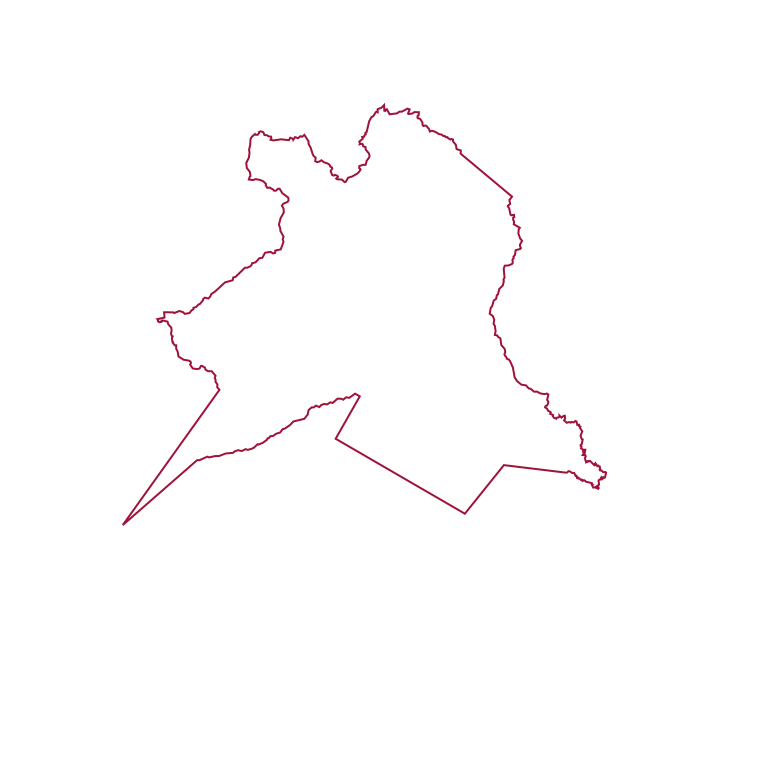 outline of Aquidauana, Mato Grosso do Sul, Brazil, rotated 210°
{"feature_id": "56859067B57339224225179", "entity_name": "Aquidauana", "entity_type": "district", "adm_level": 2, "iso_a3": "BRA", "parent_name": "Brazil", "parent_adm1": "Mato Grosso do Sul", "projection": "mercator", "projection_center": [-55.836, -19.55], "detail": "fine", "context": "isolated", "style": "outline", "palette": "rose", "viewbox_px": 768, "rotation_deg": 210, "n_neighbors": 0, "source": "geoboundaries", "source_scale": "gbopen_adm2", "svg_char_len": 6166}
<svg xmlns="http://www.w3.org/2000/svg" viewBox="0 0 768 768"><g transform="rotate(210 384 384)"><path d="M493.6,634.7L494.6,632.5L497.5,630.2L498.4,630.2L499.1,634.6L501.4,634.2L504.6,628.9L506.9,627.5L508.0,624.9L514.0,620.4L518.9,623.4L519.6,622.5L519.4,621.2L520.3,620.8L523.4,625.6L524.3,622.0L526.9,618.8L525.4,616.2L526.5,616.2L527.0,615.5L527.2,610.8L528.3,608.9L528.2,604.1L525.0,593.5L525.7,592.6L525.5,591.7L524.6,591.1L525.2,589.9L524.9,588.2L526.4,587.1L525.0,585.8L526.6,581.5L525.0,580.3L524.9,579.5L523.3,581.0L522.3,581.0L520.7,579.4L518.5,580.0L517.1,577.9L512.3,576.1L510.8,574.7L510.1,572.9L510.6,568.5L509.5,564.6L511.8,563.3L514.3,560.4L513.5,558.6L511.6,558.2L511.6,555.6L512.4,552.8L515.3,547.8L518.2,544.7L518.2,540.0L519.1,539.1L522.6,540.0L527.1,537.8L528.1,538.0L527.5,539.8L527.7,540.7L528.7,541.0L531.1,540.5L531.6,539.5L533.2,539.0L536.7,541.7L536.6,544.8L537.4,545.5L539.2,545.4L540.4,546.5L542.8,546.8L546.9,546.0L550.0,546.5L551.3,544.2L553.1,542.6L555.0,542.6L556.3,545.8L559.0,546.3L560.9,547.6L565.6,551.9L569.5,554.3L570.6,556.4L577.5,559.9L578.6,557.1L580.3,556.8L581.3,553.9L584.5,553.3L584.7,550.1L585.4,550.8L588.3,550.4L588.3,547.6L595.4,544.5L601.5,539.7L604.4,538.8L604.5,540.7L605.5,541.7L607.8,540.8L609.9,540.9L612.0,539.8L614.4,541.7L617.2,541.2L618.3,539.6L617.7,538.6L618.0,536.7L619.7,535.7L620.7,536.0L622.0,532.1L622.1,529.4L619.5,524.4L617.9,519.2L616.3,517.4L614.2,512.6L613.8,506.5L610.8,502.5L606.2,500.6L603.6,497.3L603.9,496.1L603.3,493.5L599.4,495.1L597.7,497.2L593.5,498.7L590.0,499.2L586.3,498.3L585.7,496.9L583.1,495.5L581.4,496.9L577.4,497.0L576.0,496.4L574.2,497.4L573.5,500.0L572.0,500.9L567.5,498.4L560.2,497.6L558.5,495.5L558.5,493.6L561.4,489.7L561.6,487.4L558.7,485.7L556.5,482.3L556.5,476.1L554.7,469.5L551.7,466.9L550.3,464.8L544.6,461.3L544.1,458.7L542.2,457.0L541.5,453.7L540.8,448.9L544.9,445.2L543.8,443.2L545.3,441.6L548.4,441.7L552.6,438.2L552.5,432.4L554.8,430.7L556.1,425.1L558.6,422.6L558.2,420.9L558.7,418.9L560.7,416.2L562.6,415.2L566.1,402.6L567.8,400.9L566.9,398.2L572.5,392.5L576.5,379.7L578.5,375.7L578.2,372.6L578.9,370.2L582.3,369.2L583.1,367.2L582.6,366.1L583.5,361.0L584.4,360.1L585.1,357.0L587.1,354.6L586.4,353.4L587.5,351.6L587.9,348.2L591.7,345.1L594.0,345.7L597.7,344.9L601.2,340.5L602.3,340.7L610.3,336.2L607.3,331.8L612.7,326.9L611.6,326.6L611.4,325.5L609.7,325.1L608.0,326.3L607.6,327.2L608.2,327.7L607.4,328.4L602.7,329.8L600.6,327.8L596.3,326.4L594.5,323.8L593.7,321.1L591.8,319.5L590.8,319.6L590.7,317.8L588.6,315.1L587.7,314.9L587.6,314.0L584.2,312.9L583.3,313.6L581.5,310.5L578.9,308.9L575.8,305.1L569.8,304.8L564.6,306.7L562.8,306.7L561.7,305.7L561.6,303.9L557.4,301.8L553.1,303.6L551.5,305.2L551.5,308.2L550.8,308.7L547.2,308.6L545.8,307.2L542.9,307.1L539.6,308.9L534.0,306.9L533.6,304.6L532.1,303.6L530.9,301.6L528.1,300.4L526.8,297.8L523.6,296.7L539.7,131.2L507.8,224.5L505.6,225.9L500.7,232.7L498.7,233.0L494.4,237.0L490.8,239.2L486.4,244.6L480.5,248.8L479.3,251.5L477.1,253.8L473.7,254.8L471.3,258.4L469.1,258.8L466.2,261.7L464.8,263.9L463.3,268.7L462.5,268.7L459.5,272.5L457.3,277.6L457.7,278.7L456.6,279.9L456.4,281.8L453.9,283.8L452.7,286.8L449.7,290.0L449.2,294.3L447.7,295.6L444.9,301.4L443.7,306.3L435.6,314.0L434.8,319.4L436.3,323.8L435.0,327.5L433.2,328.6L432.1,331.2L428.4,331.7L427.9,334.3L426.0,336.7L423.0,337.9L421.3,341.3L419.0,341.9L416.9,348.1L413.5,349.9L411.5,350.0L410.1,353.6L407.2,354.6L404.2,361.2L398.8,361.2L398.5,312.4L249.1,312.1L239.6,373.7L182.1,398.2L181.2,398.8L180.6,400.8L178.9,401.3L176.6,401.0L174.7,402.0L172.1,400.2L171.5,400.8L169.8,399.1L168.9,399.2L169.0,400.0L165.4,399.4L165.0,400.1L163.8,400.2L163.5,399.5L162.3,400.8L160.1,400.4L154.5,402.1L154.1,401.1L152.9,401.1L153.2,400.4L151.0,398.9L149.6,400.0L146.1,400.3L146.0,401.3L146.8,401.8L148.7,401.7L147.4,404.4L149.8,407.4L149.8,408.6L148.4,409.8L149.1,410.7L149.1,412.0L147.3,411.3L147.4,412.9L146.5,412.8L145.9,413.5L147.3,418.3L148.2,418.5L150.1,417.2L152.6,417.9L153.5,417.2L154.4,417.6L154.5,418.7L155.9,420.4L157.8,419.6L157.9,420.4L160.2,419.6L160.4,420.7L161.3,421.1L161.4,418.9L167.1,420.4L169.1,418.0L169.1,419.0L170.5,417.8L172.9,420.2L173.1,422.2L174.0,422.9L176.4,421.8L176.4,423.2L175.3,423.5L176.8,427.7L177.5,427.3L177.1,425.6L177.7,425.0L178.8,426.7L181.2,426.8L181.5,428.4L182.8,428.7L183.2,429.7L182.6,430.6L184.2,435.3L185.1,435.1L187.9,437.5L188.6,442.1L192.4,444.0L192.5,445.2L194.0,445.1L194.6,446.3L196.1,445.2L198.6,447.8L199.7,447.7L200.5,445.6L202.9,444.7L203.0,443.9L205.0,443.3L206.3,441.8L209.9,442.5L209.9,444.7L211.5,446.9L212.4,446.3L213.5,443.6L216.3,444.4L215.7,443.5L216.2,442.3L217.7,441.0L217.5,440.1L220.0,439.7L221.9,440.7L222.1,441.7L225.2,441.3L225.3,442.7L226.0,443.1L228.4,442.8L230.5,444.2L232.8,444.3L233.1,445.7L232.0,447.0L232.3,449.6L232.7,450.6L234.8,451.9L236.4,457.1L238.2,457.1L240.1,455.4L243.9,454.0L247.7,453.9L250.1,452.4L254.7,453.2L256.3,452.5L260.4,453.8L264.7,452.1L270.1,453.0L274.2,455.1L280.5,462.6L286.0,466.7L288.1,467.6L290.4,467.3L291.6,468.5L293.6,469.1L294.6,470.1L294.9,472.3L297.0,474.7L301.9,476.4L306.0,481.7L309.1,481.9L310.2,482.7L312.5,481.9L313.8,485.6L317.0,489.7L319.2,490.9L320.6,494.8L323.8,497.3L327.6,497.7L329.6,503.2L329.3,505.7L330.7,511.1L329.5,514.0L330.7,517.3L330.1,518.5L331.7,523.9L330.4,528.7L331.5,532.7L332.7,534.1L332.8,536.4L337.9,543.6L338.6,546.8L335.4,549.0L333.2,551.9L333.0,553.2L334.9,555.9L334.6,558.0L335.6,559.0L335.1,561.3L336.9,565.7L333.5,569.1L333.4,570.2L335.2,571.4L335.9,572.8L336.0,577.0L339.0,578.2L343.0,581.7L344.6,585.2L344.5,587.2L351.5,587.2L352.5,589.7L354.2,590.7L355.3,592.6L354.6,593.6L356.0,595.5L358.0,593.8L359.1,593.9L363.5,598.8L365.5,599.7L365.8,600.4L364.8,603.0L367.4,606.0L366.8,610.3L432.8,621.8L434.3,624.7L438.5,623.7L441.4,627.1L445.4,628.6L446.5,630.2L448.1,629.9L448.6,629.0L451.2,628.9L452.5,629.5L453.8,628.6L455.5,629.2L456.7,628.4L458.7,628.8L461.5,627.9L465.9,628.0L469.1,627.3L470.5,625.6L472.7,627.4L476.3,628.7L477.4,628.6L478.9,627.1L480.0,627.5L481.3,629.5L484.6,631.4L486.0,631.7L487.6,631.0L488.4,631.7L489.0,633.1L488.4,634.2L489.7,636.8L493.6,634.7Z" fill="none" stroke="#9f1239" stroke-width="2"/></g></svg>